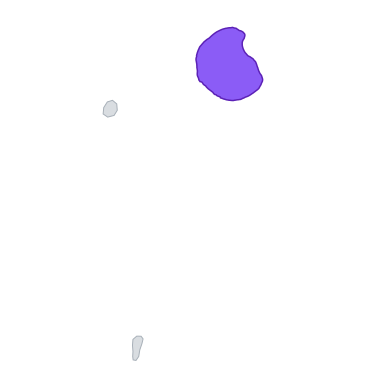 North Nilandhoo, Maldives (highlighted), rotated 168°
{"feature_id": "70690204B63708858601891", "entity_name": "North Nilandhoo", "entity_type": "district", "adm_level": 2, "iso_a3": "MDV", "parent_name": "Maldives", "parent_adm1": "", "projection": "mercator", "projection_center": [72.923, 3.188], "detail": "fine", "context": "in_parent", "style": "filled", "palette": "violet", "viewbox_px": 384, "rotation_deg": 168, "n_neighbors": 0, "source": "geoboundaries", "source_scale": "gbopen_adm2", "svg_char_len": 3442}
<svg xmlns="http://www.w3.org/2000/svg" viewBox="0 0 384 384"><g transform="rotate(168 192 192)"><path d="M280.4,60.1L276.0,62.5L271.8,61.5L270.4,58.5L272.5,54.1L275.9,48.4L278.3,42.2L281.8,38.9L284.5,40.0L284.2,43.5L282.9,48.3L282.1,54.4L280.4,60.1ZM256.1,297.7L250.7,298.2L247.3,293.8L248.1,287.5L252.3,283.1L258.9,282.8L262.7,286.8L260.8,292.9L256.1,297.7Z" fill="#d9dde1" stroke="#a8b0b8" stroke-width="1"/><path d="M125.2,345.1L126.6,345.0L128.3,344.9L129.9,344.6L131.2,344.3L132.4,344.0L134.4,343.5L136.4,342.7L137.7,342.1L138.7,341.6L140.0,340.9L141.7,339.9L142.9,339.1L144.5,338.5L145.6,338.1L147.0,337.4L148.3,336.7L149.1,336.3L150.1,335.5L151.2,334.7L152.2,333.9L153.3,333.1L154.4,332.2L155.3,330.9L155.9,330.1L156.5,329.3L157.1,328.3L157.8,327.2L158.2,326.4L158.6,325.7L158.9,325.1L159.2,324.4L159.2,323.9L159.4,323.4L159.8,322.7L160.1,322.1L160.3,321.6L160.5,320.8L160.6,320.1L160.7,319.3L160.6,318.7L160.7,317.7L160.7,316.7L160.8,315.9L160.8,315.3L161.0,314.6L161.1,313.6L161.3,313.1L161.3,312.2L161.4,311.7L161.4,310.9L161.5,309.9L161.5,309.3L161.8,308.4L161.9,307.8L162.1,307.4L162.2,306.9L162.4,306.1L162.5,305.3L162.5,304.6L162.4,303.8L162.0,302.2L162.0,301.8L161.9,300.9L162.0,300.3L161.6,299.3L161.2,298.3L160.4,298.0L159.6,297.5L159.3,297.1L159.0,296.4L158.7,295.7L158.5,294.9L157.9,294.3L157.4,293.7L156.6,293.0L156.4,292.4L156.0,291.6L155.7,291.1L155.3,290.5L154.9,289.9L154.6,289.4L154.0,288.8L153.5,288.2L153.0,287.6L152.5,287.1L152.1,286.6L151.7,286.1L151.3,285.7L150.9,285.2L150.6,284.6L150.5,284.1L150.3,283.7L149.8,283.1L149.2,282.5L148.6,282.3L148.1,282.0L147.9,281.6L147.8,281.3L147.4,280.9L147.0,280.6L146.6,280.3L145.9,279.9L145.1,279.5L144.7,279.1L144.7,278.4L144.4,278.0L143.9,277.8L143.4,277.5L142.6,277.0L141.7,276.4L140.6,275.9L139.8,275.4L138.6,274.8L137.4,274.4L136.8,274.1L135.9,273.9L134.9,273.5L134.3,273.3L133.7,273.2L132.9,272.9L132.1,272.9L131.2,272.9L129.9,272.8L128.7,272.8L127.4,272.6L126.6,272.6L125.8,272.5L125.2,272.5L124.0,272.7L123.2,273.0L122.9,273.1L122.3,273.1L121.7,273.2L121.1,273.4L120.4,273.6L119.8,273.8L119.0,273.8L118.4,273.9L117.8,274.0L117.3,274.1L116.8,274.2L115.6,274.6L115.0,274.8L114.0,275.2L112.9,275.7L112.2,275.9L111.3,276.3L110.5,276.7L109.4,277.2L108.6,277.6L107.7,278.0L107.0,278.3L106.1,278.8L105.2,279.3L104.5,280.1L103.4,281.4L102.7,282.1L102.0,283.0L101.6,283.7L101.1,284.4L100.6,285.0L100.1,285.7L99.7,286.7L99.5,287.5L99.5,288.4L99.6,289.3L99.7,290.2L99.7,290.8L99.9,291.6L100.2,292.4L100.4,292.8L100.9,293.8L101.1,294.6L101.3,295.6L101.5,296.4L101.6,297.1L101.7,297.8L101.8,298.8L101.8,299.6L102.0,300.5L102.1,301.5L102.2,302.1L102.3,303.5L102.5,304.7L102.6,305.4L102.8,306.2L103.3,307.1L103.8,307.8L104.4,309.1L104.7,309.7L105.1,310.1L105.6,310.6L106.3,311.3L107.0,312.1L107.5,312.5L108.1,312.9L108.4,313.1L109.1,313.8L109.6,314.7L110.1,315.7L110.7,316.7L111.0,317.2L111.3,317.9L111.6,318.9L111.8,319.5L111.9,320.2L112.2,321.4L112.3,322.6L112.4,324.0L112.3,325.3L112.1,326.4L111.9,327.3L111.7,327.9L111.3,328.8L110.6,329.8L110.0,330.5L109.4,331.0L109.0,331.5L108.5,332.5L108.1,333.2L107.7,334.2L107.6,334.8L107.7,335.8L108.2,336.6L108.5,337.3L108.8,337.7L109.2,338.2L109.9,338.8L110.5,339.3L111.2,339.7L111.9,340.0L112.5,340.4L112.9,340.9L113.5,341.6L114.0,342.0L114.6,342.8L115.3,343.2L116.1,343.4L117.3,344.1L118.2,344.6L119.4,344.6L120.6,344.7L121.4,344.9L122.8,345.0L124.0,345.0L125.2,345.1Z" fill="#8b5cf6" stroke="#5b21b6" stroke-width="1.5"/></g></svg>